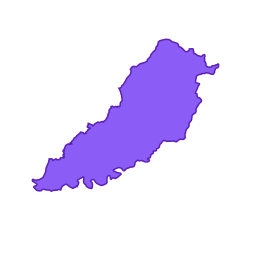 the district of Lap Thach, Vĩnh Phúc, Vietnam, rotated 49°
{"feature_id": "81297802B47675849617506", "entity_name": "Lap Thach", "entity_type": "district", "adm_level": 2, "iso_a3": "VNM", "parent_name": "Vietnam", "parent_adm1": "Vĩnh Phúc", "projection": "natural_earth1", "projection_center": [105.476, 21.411], "detail": "fine", "context": "isolated", "style": "filled", "palette": "violet", "viewbox_px": 256, "rotation_deg": 49, "n_neighbors": 0, "source": "geoboundaries", "source_scale": "gbopen_adm2", "svg_char_len": 5905}
<svg xmlns="http://www.w3.org/2000/svg" viewBox="0 0 256 256"><g transform="rotate(49 128 128)"><path d="M141.4,20.8L140.9,19.2L139.4,17.9L138.7,18.0L138.6,19.2L138.0,20.3L137.6,21.8L136.3,23.8L136.2,24.2L136.5,25.0L136.5,25.4L135.4,26.9L133.6,28.0L132.9,28.1L131.8,27.8L131.2,27.5L130.4,26.8L129.7,26.7L128.7,26.2L127.4,26.4L126.8,25.3L125.3,24.3L124.8,23.7L124.3,22.7L123.0,22.1L122.6,22.3L122.5,23.0L122.0,23.9L122.3,24.8L122.3,25.2L121.9,25.9L121.0,26.6L119.9,27.2L119.0,28.0L116.6,28.3L115.0,29.3L114.7,29.3L113.4,28.2L112.1,27.7L111.5,27.2L111.1,27.0L110.9,27.1L109.8,28.2L108.6,29.8L109.0,30.2L109.4,31.7L108.9,33.8L108.4,34.4L106.8,34.7L104.6,34.7L101.5,35.2L100.6,35.8L99.7,36.2L99.1,35.9L98.4,35.3L96.4,35.3L91.6,38.2L89.2,38.6L88.0,39.2L86.3,40.8L85.4,42.0L83.3,46.1L82.9,47.4L83.0,48.7L85.0,51.3L85.3,53.6L86.9,55.7L87.1,56.2L87.0,58.8L87.4,61.3L87.7,62.7L88.8,64.4L89.1,68.3L89.3,68.8L90.2,69.9L89.4,72.6L87.7,76.2L87.4,77.2L87.3,79.1L87.5,79.9L87.3,81.2L87.1,81.6L84.9,83.6L84.7,84.0L84.6,85.0L85.2,87.7L86.5,88.0L87.2,88.5L88.5,90.0L88.9,90.8L89.4,92.8L89.4,94.3L89.7,96.4L90.5,98.1L92.1,103.0L92.0,104.9L92.7,105.9L92.8,107.2L92.5,108.0L92.0,108.8L93.7,109.1L96.8,110.3L98.0,111.1L99.3,111.4L100.4,112.4L102.2,113.4L103.5,114.6L103.7,116.4L104.2,117.6L105.6,118.9L106.1,119.8L106.3,119.9L105.8,121.0L104.8,121.7L104.7,121.9L104.9,122.1L105.2,122.3L103.3,123.5L103.3,124.4L102.8,125.2L101.3,125.4L100.7,126.6L100.7,126.8L101.8,127.3L101.7,128.7L102.2,130.7L104.0,132.2L104.1,133.1L104.8,134.6L105.3,134.6L105.7,134.9L107.2,139.5L107.3,140.3L107.1,141.8L107.6,142.4L107.5,142.6L107.0,142.9L106.5,142.9L106.2,143.2L105.0,146.2L103.8,146.7L103.6,148.1L103.1,149.8L103.1,150.6L103.4,152.0L103.2,153.2L103.0,153.3L102.3,153.0L99.4,154.4L98.8,154.5L98.6,154.8L98.4,155.1L99.0,155.6L99.7,155.9L99.9,157.3L100.4,158.0L100.8,158.1L101.3,158.0L103.0,156.6L103.5,157.0L103.5,157.8L103.1,158.9L103.0,159.4L103.6,160.4L103.6,162.7L103.8,163.2L104.4,163.4L104.0,163.9L103.2,165.1L102.2,164.9L100.6,165.9L100.2,166.2L100.0,166.7L100.1,167.1L100.5,167.4L100.6,167.7L100.3,168.2L100.3,171.0L100.2,171.4L100.2,171.8L100.6,172.5L100.3,175.1L100.5,175.8L100.9,176.3L101.0,176.7L101.2,179.0L101.4,180.2L101.5,180.7L101.2,181.4L101.4,181.7L102.0,181.7L102.1,180.5L103.1,180.9L102.6,181.6L102.4,182.3L102.0,182.9L101.5,183.4L100.8,183.5L100.5,184.7L100.3,186.4L100.6,187.2L101.6,188.9L102.3,190.7L102.9,190.6L103.3,190.9L103.4,191.1L103.2,191.3L102.4,191.6L103.0,192.4L103.7,192.4L104.7,192.8L105.7,192.9L105.5,194.2L106.7,194.4L107.9,195.0L107.8,195.5L106.6,194.9L106.5,195.4L107.3,195.6L108.2,196.1L106.2,198.6L107.0,200.1L106.6,200.5L106.0,201.7L105.0,202.6L104.0,202.5L103.3,206.0L103.2,206.1L102.3,205.5L101.2,205.8L99.6,207.7L101.8,210.5L104.5,216.1L106.6,218.4L107.9,220.5L109.3,223.9L109.5,224.8L109.1,227.3L108.6,229.2L106.7,231.9L105.5,232.9L104.4,233.3L104.4,234.0L104.6,234.5L104.9,234.7L105.9,234.9L107.9,234.1L110.6,233.6L111.0,234.0L111.3,234.6L111.1,235.5L110.4,237.2L110.7,237.8L111.1,238.1L114.4,237.8L115.2,237.7L115.9,237.3L117.3,236.1L118.1,235.1L118.4,234.5L118.2,233.4L118.3,232.8L118.7,232.1L120.0,230.9L121.1,230.4L123.5,227.8L124.5,227.7L125.4,227.3L125.9,226.1L126.3,224.6L127.2,224.1L127.4,223.0L128.3,222.5L128.5,222.2L128.6,220.9L130.6,219.4L129.7,217.9L128.9,215.7L129.2,213.1L129.4,212.4L130.0,211.5L131.4,211.0L133.5,210.7L134.5,210.4L137.2,209.2L137.6,208.9L137.5,207.8L138.0,207.3L138.0,207.0L137.9,205.1L138.0,204.9L138.8,205.0L138.5,203.9L137.0,201.0L136.2,200.8L135.0,201.0L134.7,200.9L134.4,200.2L134.5,198.1L135.0,196.4L135.3,194.7L135.7,193.8L135.9,193.7L136.2,193.7L138.7,196.2L139.7,197.0L141.0,197.5L141.9,197.4L142.8,197.1L144.5,197.6L145.9,197.4L147.8,196.7L149.6,195.4L149.7,194.5L149.4,193.9L147.1,191.7L146.4,191.3L145.5,191.0L144.3,191.2L143.7,191.0L143.4,189.9L143.8,188.2L144.3,187.7L144.8,187.6L147.2,188.0L148.7,188.0L149.4,187.8L150.9,187.3L153.4,186.1L154.1,185.5L154.6,184.5L155.5,182.0L155.5,179.9L155.2,179.4L153.2,177.9L151.7,176.3L151.3,175.6L151.1,174.4L151.4,173.4L151.8,173.2L152.7,173.1L154.8,174.6L155.4,174.6L155.6,174.5L155.7,174.2L155.5,172.7L155.5,172.2L155.8,171.9L157.4,171.0L158.0,170.4L158.3,168.2L158.4,164.0L158.2,163.4L157.4,163.2L154.7,165.3L150.8,167.1L150.5,167.0L150.2,166.6L150.3,164.8L151.5,161.5L152.2,160.6L152.6,160.2L153.3,159.8L154.3,159.4L156.8,159.5L157.3,159.4L157.8,159.0L157.8,157.2L157.6,155.3L158.5,154.0L158.9,152.2L160.5,150.0L160.9,148.7L160.8,148.0L158.8,145.3L158.5,144.1L158.5,142.0L158.8,141.7L159.7,141.4L160.3,140.9L161.5,139.0L163.1,138.3L165.0,137.1L166.4,135.4L166.8,133.9L166.7,133.3L166.4,132.9L165.8,133.0L164.9,133.4L164.4,133.5L164.1,133.3L164.1,132.7L164.2,132.4L164.8,131.4L164.8,130.5L163.3,128.2L163.2,127.7L163.6,126.1L163.6,125.4L163.3,125.0L162.4,124.6L162.2,124.2L162.6,123.2L163.4,122.3L163.6,121.6L163.4,121.1L162.8,120.4L162.6,119.8L163.0,118.5L163.1,117.4L162.7,116.6L161.4,114.8L161.3,112.8L160.8,111.2L160.8,109.5L161.0,109.0L163.4,107.5L164.4,106.4L167.0,103.0L168.2,101.7L169.5,101.1L170.2,100.4L170.3,99.7L170.2,97.6L170.4,96.7L171.1,95.6L172.7,94.0L173.1,92.8L172.9,91.3L172.6,91.0L170.2,89.3L169.6,88.0L168.3,86.6L167.8,85.7L167.2,84.3L167.1,82.3L166.8,81.2L166.2,80.3L164.5,78.8L164.2,77.7L163.9,75.5L163.2,74.3L160.9,71.7L160.5,70.7L160.4,69.7L160.8,67.5L160.5,66.3L160.2,65.8L158.6,64.5L158.2,63.9L157.5,62.3L156.3,58.2L156.2,55.6L156.1,55.2L155.2,54.3L154.3,54.1L152.3,54.2L151.8,54.4L150.9,55.2L150.4,55.2L149.2,55.0L148.3,54.0L147.5,53.6L147.0,53.7L146.3,54.2L145.9,54.2L145.2,53.3L144.0,50.3L142.7,48.1L142.2,47.0L142.2,46.2L141.8,45.3L141.5,45.1L141.0,45.2L138.9,46.8L138.5,47.0L137.7,46.8L136.2,45.5L135.1,43.8L133.9,42.5L133.8,41.8L134.1,39.9L135.4,37.5L135.8,35.7L136.9,34.8L137.7,32.7L139.6,31.1L141.9,29.9L143.1,28.8L143.3,28.3L143.2,27.6L143.0,26.7L142.5,25.9L141.6,24.9L140.6,22.9L140.7,22.2L141.4,20.8Z" fill="#8b5cf6" stroke="#5b21b6" stroke-width="1.5"/></g></svg>